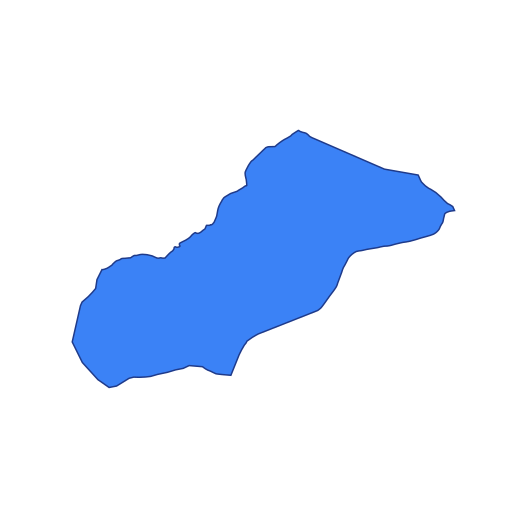 the district of Ajuterique, Comayagua, Honduras, rotated 340°
{"feature_id": "27666195B64266786808273", "entity_name": "Ajuterique", "entity_type": "district", "adm_level": 2, "iso_a3": "HND", "parent_name": "Honduras", "parent_adm1": "Comayagua", "projection": "mercator", "projection_center": [-87.72, 14.397], "detail": "fine", "context": "isolated", "style": "filled", "palette": "blue", "viewbox_px": 512, "rotation_deg": 340, "n_neighbors": 0, "source": "geoboundaries", "source_scale": "gbopen_adm2", "svg_char_len": 6048}
<svg xmlns="http://www.w3.org/2000/svg" viewBox="0 0 512 512"><g transform="rotate(340 256 256)"><path d="M53.9,273.9L56.4,296.7L65.2,318.2L73.0,329.3L80.5,330.5L91.6,328.2L95.0,327.5L99.7,328.0L104.7,330.0L110.8,331.9L115.8,333.1L123.1,333.6L132.9,335.0L141.6,335.5L149.2,336.7L155.7,336.1L167.8,341.7L170.1,345.0L170.5,345.4L171.8,346.9L172.8,347.7L174.2,349.0L175.4,350.3L178.0,352.9L179.0,353.5L183.4,355.7L191.6,359.5L206.4,343.0L210.3,339.3L214.6,335.7L216.8,334.4L218.4,332.9L222.1,331.9L224.6,331.2L228.9,330.4L231.6,330.0L295.3,328.3L296.1,328.1L297.0,327.8L298.5,327.3L299.2,327.0L299.9,326.6L300.6,326.2L302.0,325.3L304.1,323.9L306.3,322.4L308.4,320.9L309.8,320.0L311.0,319.1L314.1,317.1L316.6,315.5L318.5,314.2L320.4,312.8L320.8,312.5L321.5,311.8L322.1,311.2L322.6,310.6L323.4,309.5L324.0,308.8L330.8,300.8L331.5,299.9L332.5,298.6L333.0,298.0L333.5,297.5L334.1,296.8L336.6,294.7L337.8,293.6L338.8,292.7L340.6,291.0L341.6,290.0L342.0,289.7L342.5,289.3L343.4,288.8L344.3,288.3L345.1,287.9L345.9,287.6L346.8,287.2L348.2,286.8L348.9,286.6L349.6,286.4L351.0,286.2L351.3,286.1L351.8,286.1L352.3,286.1L352.8,286.2L354.4,286.4L356.5,286.9L357.7,287.1L360.1,287.4L361.9,287.6L363.1,287.8L372.5,289.6L373.7,289.8L375.9,290.0L377.2,290.2L379.1,290.5L380.1,290.7L381.0,291.0L383.0,291.6L383.6,291.7L384.6,291.9L385.2,292.0L386.8,292.2L389.7,292.4L391.1,292.5L395.4,293.0L397.7,293.3L399.0,293.5L402.2,294.2L403.1,294.3L404.0,294.5L406.1,294.8L407.6,294.9L409.8,295.1L411.4,295.2L412.9,295.3L416.0,295.4L417.5,295.5L423.6,296.0L425.5,296.1L426.5,296.2L428.5,296.2L429.8,296.2L430.8,296.1L431.7,295.9L432.9,295.6L434.0,295.2L435.1,294.7L435.9,294.3L436.7,293.8L437.3,293.4L437.8,292.9L439.3,291.3L440.0,290.6L440.6,290.2L441.1,289.7L442.2,288.9L442.5,288.7L442.8,288.3L443.2,288.0L443.6,287.4L444.0,286.8L445.3,284.6L446.4,283.0L447.3,281.6L447.6,281.2L447.9,280.9L448.2,280.7L448.5,280.6L448.8,280.5L449.3,280.4L450.2,280.2L450.7,280.2L451.2,280.2L453.2,280.2L453.7,280.3L454.9,280.5L456.7,280.9L458.1,281.2L457.8,276.8L455.9,274.3L453.9,272.2L451.7,268.0L450.0,263.9L448.5,261.2L446.7,257.9L444.7,255.3L443.0,253.1L441.4,251.4L439.1,248.0L437.8,245.3L436.8,243.1L436.5,241.1L436.1,235.4L406.4,218.3L352.3,167.0L349.1,164.0L348.5,163.3L348.0,162.8L347.6,162.3L347.4,162.0L347.1,161.6L346.7,160.5L345.8,158.9L345.5,158.4L345.1,157.9L344.7,157.5L344.0,157.0L343.5,156.6L342.2,155.8L340.1,154.1L339.8,153.8L339.6,153.5L339.4,153.3L339.2,152.8L339.1,152.7L338.8,152.6L338.6,152.5L338.2,152.6L335.8,153.1L331.6,154.1L331.2,154.3L330.4,154.7L330.1,154.9L329.4,155.1L329.0,155.2L327.3,155.5L326.4,155.7L325.7,155.8L323.6,156.1L322.6,156.2L321.7,156.4L320.2,156.7L319.1,157.0L316.9,157.6L313.9,158.6L313.1,158.9L312.7,159.1L311.8,159.5L311.5,159.6L311.3,159.6L311.1,159.6L305.7,157.8L305.0,157.6L304.4,157.5L303.7,157.5L302.9,157.5L302.1,157.6L301.9,157.7L301.3,158.0L298.7,159.1L295.4,160.6L289.7,163.1L286.9,164.4L286.4,164.6L285.7,164.9L284.4,165.2L284.0,165.4L283.6,165.6L283.3,165.8L281.6,167.0L279.9,168.3L277.6,170.4L275.9,172.0L275.0,173.0L274.7,173.3L274.5,173.6L274.3,174.0L274.1,174.5L273.9,175.0L273.8,175.5L273.5,176.6L273.3,178.0L273.1,179.4L273.0,180.6L272.9,181.1L272.1,184.4L271.6,186.1L271.5,186.4L271.4,186.6L271.1,186.7L270.6,186.6L270.2,186.5L269.8,186.6L269.4,186.6L268.4,186.9L267.2,187.3L266.8,187.4L261.8,188.3L261.5,188.4L261.1,188.6L260.8,188.7L260.4,188.7L258.8,188.7L254.5,188.6L253.5,188.6L252.4,188.8L249.4,189.4L247.3,189.8L246.3,190.1L246.0,190.2L245.5,190.4L245.2,190.6L244.7,191.0L244.2,191.3L243.8,191.5L242.3,192.9L240.7,194.2L239.7,195.1L238.9,195.9L238.2,196.6L237.7,197.2L237.2,197.8L236.7,198.4L236.2,199.2L235.7,199.9L234.5,202.0L233.2,204.2L232.8,204.9L232.3,205.5L231.9,206.0L230.4,207.6L228.5,209.6L228.2,209.9L227.8,210.2L227.4,210.4L227.0,210.6L226.6,210.9L226.1,211.1L225.6,211.3L225.1,211.4L224.9,211.4L224.6,211.4L224.3,211.3L224.0,211.1L223.7,211.1L223.4,211.2L223.3,211.3L223.1,211.4L222.3,211.1L221.2,210.7L220.0,210.3L219.9,210.3L218.8,211.5L217.6,212.8L217.4,213.0L217.2,213.1L216.9,213.2L216.2,213.4L215.3,213.6L212.3,214.7L211.4,214.9L211.1,214.9L210.7,215.0L210.1,215.0L209.3,214.9L208.7,214.7L208.3,214.5L208.0,214.4L207.7,214.1L207.4,213.6L207.2,213.4L206.8,213.3L206.5,213.3L206.2,213.3L205.8,213.4L205.1,213.6L204.7,213.7L203.9,214.0L202.9,214.4L202.5,214.6L201.7,215.1L200.9,215.5L200.0,215.9L199.4,216.1L198.1,216.5L196.6,216.8L195.2,217.1L194.2,217.2L191.4,217.5L190.6,217.6L189.8,217.7L188.8,217.9L188.5,218.0L188.4,218.1L188.1,218.5L188.0,218.9L187.9,219.2L187.8,219.5L187.9,219.8L188.0,220.3L188.0,220.5L187.9,220.7L187.8,220.8L187.6,220.9L187.4,221.0L187.1,221.0L186.8,221.1L186.5,221.1L185.4,221.0L185.0,220.9L184.7,220.8L184.3,220.6L184.1,220.4L183.6,220.0L183.4,219.8L183.2,219.8L183.0,219.7L182.8,219.7L182.6,219.8L182.3,219.9L182.2,219.9L181.9,220.2L181.8,220.4L181.6,220.8L181.4,221.1L181.3,221.3L181.0,221.6L180.7,221.8L179.5,222.6L179.0,222.8L178.1,223.0L177.7,223.1L175.6,223.9L173.1,225.1L169.8,226.8L167.7,226.2L167.3,225.9L166.7,225.6L166.3,225.3L165.9,225.1L165.5,225.0L165.0,224.9L164.5,224.9L164.0,224.8L163.7,224.7L163.2,224.5L162.6,224.2L162.2,224.0L162.0,223.8L160.1,222.0L159.2,221.1L158.8,220.7L158.2,220.2L154.2,217.6L153.0,217.0L151.4,216.3L149.9,215.6L149.4,215.5L148.8,215.3L147.5,215.0L146.4,214.9L145.6,214.8L144.5,214.7L143.9,214.6L143.4,214.5L142.6,214.1L142.1,214.0L141.8,213.9L141.4,213.9L141.0,214.0L139.7,214.2L138.4,214.6L138.0,214.7L137.5,214.7L137.1,214.7L136.4,214.5L135.1,214.1L134.1,213.9L133.5,213.7L132.5,213.5L131.0,213.0L130.0,212.7L129.2,212.5L128.6,212.5L128.2,212.5L127.8,212.7L127.5,212.8L126.7,212.9L126.1,212.9L125.7,212.9L124.7,212.9L123.9,212.8L123.2,212.9L122.9,212.9L122.5,213.0L121.4,213.4L120.8,213.6L119.8,214.1L118.8,214.5L117.8,215.1L117.3,215.4L116.8,215.5L115.5,215.8L114.4,216.1L112.3,216.5L111.7,216.6L111.3,216.6L110.0,216.6L109.0,216.6L108.3,216.5L107.5,216.4L106.9,216.3L106.6,216.1L98.5,223.8L94.2,231.7L89.8,234.2L84.3,236.9L76.8,239.8L74.1,242.6L53.9,273.9Z" fill="#3b82f6" stroke="#1e3a8a" stroke-width="1.5"/></g></svg>